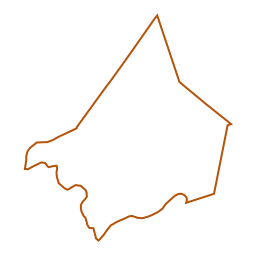 the district of M'Bagne, Brakna, Mauritania
{"feature_id": "47542326B91967865285968", "entity_name": "M'Bagne", "entity_type": "district", "adm_level": 2, "iso_a3": "MRT", "parent_name": "Mauritania", "parent_adm1": "Brakna", "projection": "orthographic", "projection_center": [-13.836, 16.289], "detail": "fine", "context": "isolated", "style": "outline", "palette": "amber", "viewbox_px": 256, "rotation_deg": 0, "n_neighbors": 0, "source": "geoboundaries", "source_scale": "gbopen_adm2", "svg_char_len": 1094}
<svg xmlns="http://www.w3.org/2000/svg" viewBox="0 0 256 256"><path d="M157.2,15.4L154.7,18.6L126.5,58.8L111.7,79.4L104.9,88.4L76.9,127.0L76.7,128.3L57.9,137.1L53.0,140.0L47.4,142.1L36.8,142.5L30.0,147.9L27.6,151.2L26.2,156.2L26.4,159.2L24.9,169.0L28.0,169.2L33.7,166.1L41.4,162.4L45.3,163.0L47.6,166.4L49.0,167.2L53.2,166.0L56.6,165.8L57.1,168.5L56.5,172.9L56.9,177.1L58.8,183.3L64.8,188.5L67.9,189.7L73.2,186.4L75.6,185.1L80.6,185.8L83.4,188.1L85.6,190.1L86.6,192.5L86.6,194.3L86.9,196.5L85.3,198.9L82.4,202.2L80.9,205.0L80.9,208.5L81.5,211.6L83.7,216.1L85.3,217.4L87.6,225.5L89.5,228.0L93.4,228.2L95.1,234.6L96.1,238.6L98.6,240.6L103.4,235.3L107.4,229.6L111.0,225.2L113.5,223.9L116.4,222.1L119.2,220.8L123.1,219.2L124.9,218.4L129.3,216.3L131.0,216.0L132.2,216.0L137.6,217.8L142.4,218.2L148.1,216.6L152.1,215.0L156.7,212.7L162.3,208.9L165.8,203.9L167.8,202.1L171.9,198.4L174.9,195.8L178.1,194.1L181.0,193.7L184.0,194.8L186.1,196.9L186.9,198.7L186.7,201.0L186.2,202.8L214.0,193.8L227.6,125.3L231.1,124.1L205.8,103.9L179.5,82.1L157.2,15.4Z" fill="none" stroke="#b45309" stroke-width="2"/></svg>